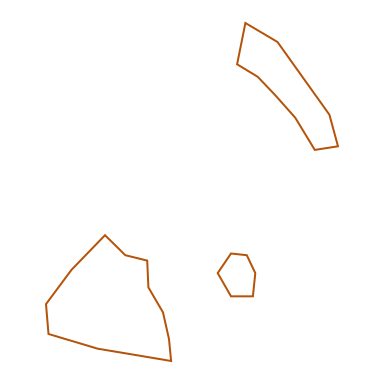 Balzers, Albers equal-area conic projection
{"feature_id": "LIE-4894", "entity_name": "Balzers", "entity_type": "state/province", "adm_level": 1, "iso_a3": "LIE", "parent_name": "Liechtenstein", "parent_adm1": "", "projection": "albers", "projection_center": [9.549, 47.108], "detail": "fine", "context": "isolated", "style": "outline", "palette": "amber", "viewbox_px": 384, "rotation_deg": 0, "n_neighbors": 0, "source": "natural_earth", "source_scale": "10m", "svg_char_len": 467}
<svg xmlns="http://www.w3.org/2000/svg" viewBox="0 0 384 384"><path d="M171.1,361.0L97.7,348.7L48.5,334.0L46.0,304.1L71.6,269.7L105.0,235.2L125.3,255.2L147.2,260.6L148.4,287.4L163.0,312.4L169.0,339.1L171.1,361.0ZM245.4,23.0L277.5,42.0L329.4,114.7L338.0,146.3L314.8,149.9L295.3,117.8L274.7,94.6L257.7,76.8L237.1,64.3L245.4,23.0ZM231.0,253.5L246.8,255.2L255.3,273.1L252.9,296.3L231.0,296.3L217.7,273.1L231.0,253.5Z" fill="none" stroke="#b45309" stroke-width="2"/></svg>